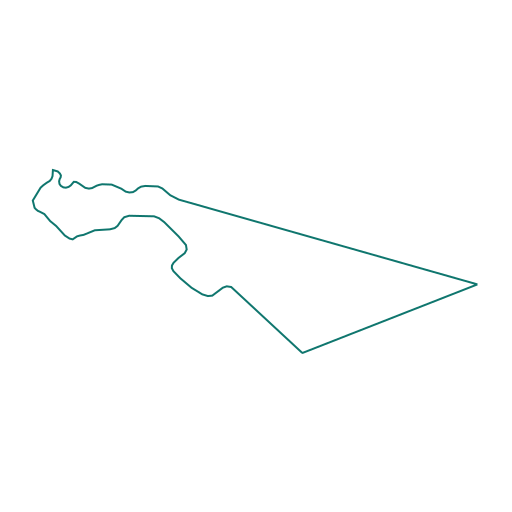 the border of Zarqa, rotated 356°
{"feature_id": "JOR-860", "entity_name": "Zarqa", "entity_type": "Province", "adm_level": 1, "iso_a3": "JOR", "parent_name": "Jordan", "parent_adm1": "", "projection": "natural_earth1", "projection_center": [36.356, 31.849], "detail": "fine", "context": "isolated", "style": "outline", "palette": "teal", "viewbox_px": 512, "rotation_deg": 356, "n_neighbors": 0, "source": "natural_earth", "source_scale": "10m", "svg_char_len": 1230}
<svg xmlns="http://www.w3.org/2000/svg" viewBox="0 0 512 512"><g transform="rotate(356 256 256)"><path d="M474.8,299.8L461.1,304.1L403.0,322.3L344.9,340.5L295.8,355.9L295.6,355.8L294.9,355.4L229.1,285.2L224.7,284.2L220.7,285.3L209.6,292.5L205.2,292.6L199.7,290.5L189.5,283.2L179.0,273.0L172.6,265.4L171.2,262.3L171.5,259.6L173.3,257.0L178.6,252.5L185.1,248.2L187.3,244.7L186.9,240.2L180.1,231.0L166.8,215.8L162.0,211.6L157.1,209.3L132.3,207.0L127.3,208.1L124.5,210.7L120.0,216.3L117.0,218.3L112.1,219.2L97.0,219.1L85.5,222.9L81.8,223.3L78.9,223.9L74.3,226.6L71.2,225.6L66.7,222.2L58.8,212.2L53.1,206.8L47.8,199.4L43.2,196.6L41.6,195.8L39.7,194.0L38.5,192.5L37.2,185.1L45.9,172.8L48.7,170.6L52.4,168.3L55.4,166.8L57.4,164.7L58.6,162.1L59.4,156.1L64.1,157.8L66.1,160.0L67.0,162.0L66.6,163.9L65.5,165.6L64.8,167.7L65.0,170.4L66.2,172.4L68.6,174.1L71.1,174.6L73.9,174.0L76.2,172.6L79.4,169.3L81.8,169.6L84.7,171.5L90.4,176.1L94.0,177.1L97.2,176.8L102.1,174.7L104.6,174.1L107.5,173.7L117.0,174.7L126.4,179.5L130.5,182.7L134.1,183.8L137.7,183.7L140.7,182.2L143.1,180.3L146.2,178.8L150.5,178.4L163.1,179.8L167.3,182.1L174.7,189.4L183.0,194.4L474.4,299.6L474.7,299.8L474.8,299.8Z" fill="none" stroke="#0f766e" stroke-width="2"/></g></svg>